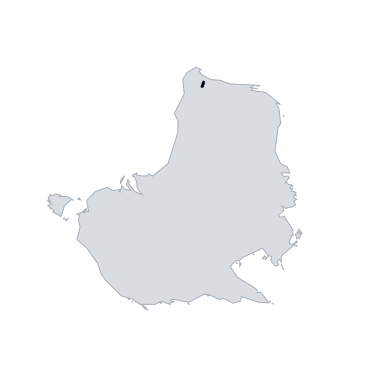 location of Brookton, Western Australia, Australia, rotated 118°
{"feature_id": "25037944B61457505310320", "entity_name": "Brookton", "entity_type": "district", "adm_level": 2, "iso_a3": "AUS", "parent_name": "Australia", "parent_adm1": "Western Australia", "projection": "natural_earth1", "projection_center": [117.012, -32.355], "detail": "fine", "context": "in_parent", "style": "filled", "palette": "ink", "viewbox_px": 384, "rotation_deg": 118, "n_neighbors": 0, "source": "geoboundaries", "source_scale": "gbopen_adm2", "svg_char_len": 4491}
<svg xmlns="http://www.w3.org/2000/svg" viewBox="0 0 384 384"><g transform="rotate(118 192 192)"><path d="M258.0,81.2L261.2,99.0L265.8,98.1L270.8,103.4L271.2,114.2L274.2,118.0L274.5,128.1L276.5,133.3L290.9,143.1L295.9,159.1L297.6,159.9L298.0,157.0L301.1,159.9L301.7,158.5L302.6,166.6L304.3,169.1L308.4,171.6L315.6,185.3L314.6,194.5L316.8,205.5L310.8,226.0L307.2,233.5L299.2,242.0L290.9,258.8L288.0,271.3L275.5,274.4L268.9,279.8L265.1,280.2L265.8,283.3L260.3,278.8L261.3,277.8L261.0,276.6L259.9,276.6L257.7,278.5L256.4,277.4L259.0,275.5L257.8,274.1L249.1,280.9L236.8,277.5L227.7,269.2L227.9,262.8L223.7,256.9L225.6,257.1L225.7,255.4L219.0,257.1L221.2,252.8L219.1,246.4L216.2,253.6L211.3,254.4L212.3,251.9L214.5,251.9L218.4,242.0L217.9,234.6L214.2,242.4L209.1,245.4L205.6,250.0L206.0,252.4L204.0,252.1L201.0,249.5L203.0,249.5L201.8,244.8L199.1,239.6L196.6,238.9L196.4,234.3L178.0,226.5L146.0,232.5L135.7,237.8L131.1,244.5L109.0,244.9L97.0,253.0L88.9,252.5L79.8,247.0L79.7,241.5L81.9,242.5L83.8,239.1L83.9,228.0L80.1,219.5L78.7,209.0L68.2,186.9L72.3,189.3L69.8,182.6L71.5,186.5L74.6,187.7L69.5,173.9L73.2,154.9L74.0,159.4L77.5,154.5L90.0,145.8L94.3,146.3L116.9,138.0L125.5,126.9L125.0,119.6L129.5,114.5L133.2,122.5L135.2,118.0L132.8,114.9L133.5,112.9L140.9,114.2L138.6,113.4L140.1,110.2L138.8,107.5L142.8,107.1L141.4,105.0L144.7,104.7L143.6,101.7L146.4,98.3L146.6,100.3L148.9,100.0L149.2,96.2L152.4,97.6L154.6,94.5L158.0,96.6L162.7,102.0L161.8,106.2L165.1,102.1L171.7,104.8L173.1,102.5L170.2,99.3L178.3,84.7L179.8,85.7L182.5,82.1L183.5,83.6L191.6,82.5L191.4,79.0L186.0,76.4L186.9,75.5L206.3,83.0L212.0,80.3L210.5,83.1L212.9,84.7L215.9,81.2L218.4,84.1L215.2,90.6L211.8,91.2L211.9,95.9L208.5,103.2L225.8,116.5L230.6,117.9L232.0,121.1L239.9,123.3L246.0,111.7L246.9,94.9L247.9,88.5L250.0,87.0L248.5,84.2L253.7,72.0L258.0,81.2ZM254.8,294.6L263.8,298.2L275.2,295.9L274.8,306.0L274.2,304.2L272.9,306.3L271.9,312.9L268.2,310.2L265.0,316.2L260.3,315.7L261.4,314.1L257.6,311.2L256.4,306.1L258.2,307.0L254.5,299.9L254.8,294.6ZM176.9,75.6L182.5,75.6L184.2,77.4L180.4,81.0L176.9,75.6ZM209.0,259.2L218.5,258.9L214.4,260.6L209.0,259.2ZM216.7,94.9L217.8,98.5L214.3,97.9L214.9,95.4L216.7,94.9ZM315.2,183.7L315.3,179.5L316.9,176.1L317.3,178.6L315.2,183.7ZM273.3,288.7L276.4,289.5L276.3,290.9L273.3,288.7ZM176.3,76.6L178.2,80.2L174.6,80.0L176.3,76.6ZM251.9,289.3L250.1,288.9L251.3,286.5L251.9,289.3ZM235.1,115.0L233.3,116.1L231.6,116.7L232.5,114.7L235.1,115.0ZM68.2,186.0L66.8,183.9L66.7,182.1L66.9,182.0L68.2,186.0ZM275.5,292.3L276.6,293.2L274.4,292.4L275.5,292.3ZM303.7,167.2L305.0,167.2L304.9,169.0L303.7,167.2ZM274.9,127.9L276.4,129.0L276.1,129.7L274.9,127.9ZM267.7,313.8L267.7,315.4L266.5,314.9L267.7,313.8ZM316.5,196.0L316.4,198.3L316.2,198.3L316.5,196.0ZM191.1,75.4L190.2,74.4L190.8,73.9L191.1,75.4ZM217.3,75.6L215.9,77.4L217.5,74.2L217.3,75.6ZM316.9,193.3L316.2,194.0L316.7,193.2L316.9,193.3ZM218.6,108.7L217.8,109.1L218.3,108.2L218.6,108.7ZM213.9,94.8L213.0,95.0L213.6,93.9L213.9,94.8ZM82.0,145.9L81.7,147.4L81.3,147.2L82.0,145.9ZM252.1,71.1L252.0,72.4L251.6,71.5L252.1,71.1ZM259.9,277.2L260.0,278.0L259.7,277.7L259.9,277.2ZM215.5,77.9L213.6,79.2L215.6,77.6L215.5,77.9ZM143.7,99.9L143.0,100.8L143.5,99.8L143.7,99.9ZM268.5,312.6L267.9,312.9L268.3,312.3L268.5,312.6ZM234.1,119.3L233.1,119.3L233.7,118.6L234.1,119.3ZM139.9,106.4L139.4,106.9L139.4,105.8L139.9,106.4ZM273.4,309.2L272.5,309.6L272.9,308.7L273.4,309.2ZM252.8,67.8L252.6,68.6L252.1,68.2L252.8,67.8ZM259.3,278.2L260.1,279.0L258.7,278.7L259.3,278.2ZM292.7,143.0L292.1,143.0L292.4,142.1L292.7,143.0ZM297.5,156.9L297.1,156.9L297.4,156.1L297.5,156.9ZM255.3,293.4L255.0,294.0L254.9,293.2L255.3,293.4Z" fill="#d9dde1" stroke="#a8b0b8" stroke-width="1"/><path d="M89.0,232.9L89.0,233.9L90.0,233.9L90.3,233.9L90.5,233.9L90.8,233.8L90.8,233.7L91.0,233.6L91.3,233.6L91.5,233.6L91.8,233.7L92.1,233.7L92.4,233.5L92.5,233.5L92.6,233.4L92.6,233.5L92.8,233.4L93.0,233.3L93.0,233.2L93.1,233.3L93.3,233.3L93.5,233.3L93.6,233.2L93.7,233.3L93.8,233.3L94.3,233.3L94.3,233.2L94.4,233.3L94.5,233.3L94.6,233.1L94.4,233.1L94.4,232.7L94.3,232.4L94.4,232.2L94.3,231.9L94.2,231.9L93.9,231.9L93.7,231.9L93.7,232.0L93.5,231.9L93.5,232.0L93.5,231.9L93.4,231.9L93.3,232.0L93.2,232.0L92.9,232.2L92.7,232.2L92.4,232.2L92.2,232.3L92.2,232.2L91.9,232.3L91.9,232.2L91.7,232.2L91.2,232.2L90.8,232.2L90.8,232.3L90.7,232.3L90.7,232.5L90.3,232.7L90.3,232.8L90.2,232.8L89.9,232.8L89.7,232.9L89.3,232.9L89.2,232.9L89.0,232.9Z" fill="#0f172a" stroke="#020617" stroke-width="1.5"/></g></svg>